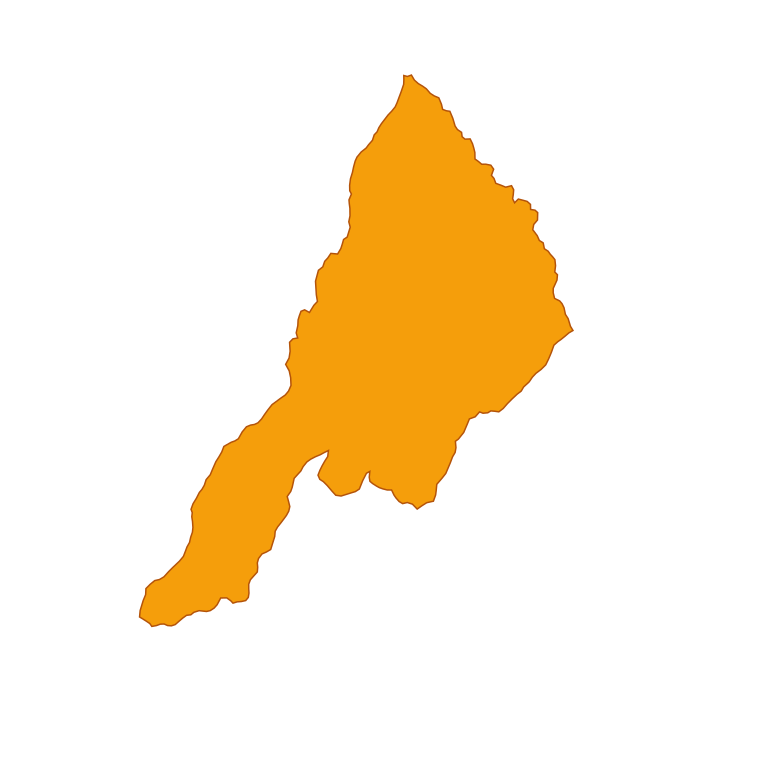 Quatá, São Paulo, Brazil (Equal Earth projection), rotated 18°
{"feature_id": "56859067B88026313234956", "entity_name": "Quatá", "entity_type": "district", "adm_level": 2, "iso_a3": "BRA", "parent_name": "Brazil", "parent_adm1": "São Paulo", "projection": "equal_earth", "projection_center": [-50.659, -22.229], "detail": "fine", "context": "isolated", "style": "filled", "palette": "amber", "viewbox_px": 768, "rotation_deg": 18, "n_neighbors": 0, "source": "geoboundaries", "source_scale": "gbopen_adm2", "svg_char_len": 4082}
<svg xmlns="http://www.w3.org/2000/svg" viewBox="0 0 768 768"><g transform="rotate(18 384 384)"><path d="M547.2,274.7L543.5,271.5L538.9,264.9L535.0,261.7L531.6,255.8L528.5,252.6L525.4,250.7L519.8,249.9L516.7,244.9L515.4,240.7L515.9,236.3L516.4,231.7L515.2,226.5L511.8,224.7L510.6,218.5L508.1,212.9L504.9,210.8L502.0,209.2L499.1,207.0L494.7,205.8L491.8,200.6L487.4,199.5L483.9,195.6L477.8,191.3L477.1,186.0L479.3,180.6L477.2,173.5L473.9,172.0L469.5,172.7L467.8,167.9L463.7,166.1L459.3,166.3L454.6,166.6L452.2,171.3L449.1,168.1L448.4,163.8L447.3,159.2L444.0,156.0L438.9,159.2L433.9,158.8L428.3,158.6L425.1,154.5L421.7,152.4L421.9,145.8L418.0,142.9L412.9,143.5L409.0,144.8L405.1,143.2L401.0,141.9L398.9,135.8L396.5,131.9L393.9,128.1L390.2,124.3L385.4,126.1L381.9,124.7L380.0,120.7L375.2,119.3L371.9,116.7L369.5,113.2L367.3,110.0L364.7,107.0L362.4,104.3L358.8,104.9L354.9,104.7L352.2,100.2L347.7,94.9L342.8,94.5L338.2,93.3L333.1,90.2L328.7,88.8L323.8,87.7L319.0,85.6L314.6,81.7L311.2,84.3L307.5,84.5L308.9,88.6L310.1,92.9L310.0,100.7L309.7,107.4L309.5,112.5L309.0,117.0L307.0,122.2L304.8,126.7L303.5,130.4L301.1,137.2L299.9,141.8L299.5,146.3L297.7,150.0L297.7,155.8L295.4,161.2L294.1,165.1L290.6,170.4L288.2,176.5L287.7,180.9L288.0,187.0L288.6,192.5L288.7,199.2L289.9,205.6L291.7,210.8L294.3,213.4L293.8,219.7L295.3,223.3L297.3,227.5L299.7,234.6L300.4,240.6L303.4,245.3L303.6,255.6L300.9,259.0L301.1,263.9L301.1,268.5L299.7,274.7L293.1,276.2L291.6,281.5L289.7,285.6L289.6,291.5L286.5,296.1L287.1,307.4L292.1,320.1L295.2,326.1L293.0,330.8L291.0,339.0L285.6,338.0L282.6,340.5L282.4,344.9L282.5,349.6L284.0,355.1L284.7,362.5L287.7,366.9L283.4,369.2L281.3,373.5L284.6,381.9L285.7,388.6L284.4,395.7L289.8,400.8L293.3,406.9L296.0,414.1L295.4,420.2L293.5,425.0L290.3,429.2L283.9,438.2L281.5,444.7L279.8,450.0L278.4,455.0L276.1,459.9L273.3,462.5L269.8,464.3L266.4,467.2L264.0,473.2L262.4,481.1L259.7,484.3L256.7,486.6L253.4,490.2L251.0,492.9L250.7,498.8L249.5,504.4L248.1,509.8L247.3,517.9L246.8,524.0L244.4,529.9L244.4,535.8L243.4,540.5L241.9,544.2L240.9,550.6L239.4,556.9L239.2,562.8L241.4,565.6L242.2,569.6L244.4,574.0L246.6,579.5L247.6,584.2L247.5,589.4L248.0,594.8L247.0,599.8L246.8,604.7L246.5,609.9L244.2,615.7L239.8,623.8L237.2,628.9L234.3,635.4L230.9,639.3L226.7,641.8L223.6,646.6L220.8,652.1L222.4,658.0L221.9,664.3L222.0,670.0L222.1,674.8L223.5,681.1L230.8,682.9L235.3,684.2L238.1,686.3L242.2,684.1L245.5,681.5L249.1,680.2L252.8,680.6L256.5,679.7L259.8,677.3L262.4,672.9L264.8,669.0L267.7,665.0L271.6,663.2L273.7,659.9L278.2,656.7L285.5,655.2L288.8,653.2L291.7,649.6L293.5,645.5L294.8,638.0L300.5,636.0L305.2,637.5L308.1,639.1L311.6,636.6L315.5,635.0L319.4,632.7L320.9,628.9L320.2,624.6L318.7,620.7L317.2,616.2L317.4,611.5L319.4,606.9L321.6,601.9L320.5,597.3L318.8,593.3L318.6,588.7L320.5,583.3L324.1,580.1L327.4,576.4L327.3,570.5L327.2,562.8L326.0,557.6L327.0,552.8L328.7,548.3L330.4,543.4L331.8,539.2L332.7,534.4L332.3,529.7L329.4,525.0L326.7,520.9L328.5,515.0L328.6,510.6L328.2,506.3L327.7,501.5L329.8,496.8L331.8,492.4L332.6,487.6L334.7,482.0L337.5,478.2L341.1,474.5L345.3,470.9L348.0,468.0L351.7,464.4L352.9,470.4L351.5,475.7L350.4,481.1L349.7,485.9L349.4,491.1L352.4,494.5L356.5,495.6L361.4,498.1L367.4,501.8L372.5,504.7L377.8,503.8L382.9,500.2L387.1,497.2L390.0,495.2L393.0,491.5L393.6,482.5L394.9,474.3L397.5,471.5L398.8,477.3L400.7,480.9L403.9,482.2L408.5,483.4L411.6,484.0L415.3,484.1L419.7,483.8L424.0,482.5L427.9,486.6L430.8,488.8L434.7,491.1L438.7,492.0L442.8,489.5L448.2,489.5L454.2,492.7L457.5,488.3L461.3,483.7L467.2,480.2L467.4,473.6L466.5,468.9L465.2,463.1L468.4,455.4L470.4,450.0L471.4,438.6L471.7,432.1L472.8,427.1L472.1,422.3L469.6,416.4L471.8,413.4L474.8,405.4L475.6,396.4L476.0,390.8L480.9,387.0L483.5,381.0L487.2,381.2L491.6,379.3L493.9,376.6L497.7,375.7L501.8,375.0L504.9,370.5L507.5,364.4L510.4,358.7L513.8,352.5L516.7,348.3L517.7,343.7L521.4,337.1L523.0,331.6L525.2,326.9L528.9,321.6L531.9,315.8L532.8,309.3L533.4,302.2L533.6,294.6L536.2,290.1L538.6,286.9L541.4,282.6L544.0,278.3L547.2,274.7Z" fill="#f59e0b" stroke="#b45309" stroke-width="1.5"/></g></svg>